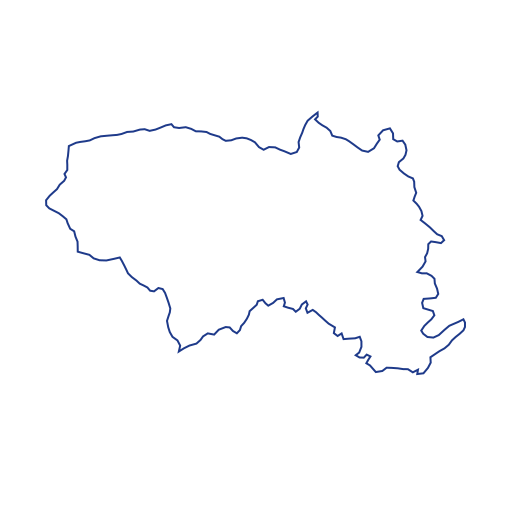 outline of Francisco Badaró, Minas Gerais, Brazil, rotated 72°
{"feature_id": "56859067B77036534058100", "entity_name": "Francisco Badaró", "entity_type": "district", "adm_level": 2, "iso_a3": "BRA", "parent_name": "Brazil", "parent_adm1": "Minas Gerais", "projection": "natural_earth1", "projection_center": [-42.293, -16.987], "detail": "fine", "context": "isolated", "style": "outline", "palette": "blue", "viewbox_px": 512, "rotation_deg": 72, "n_neighbors": 0, "source": "geoboundaries", "source_scale": "gbopen_adm2", "svg_char_len": 3595}
<svg xmlns="http://www.w3.org/2000/svg" viewBox="0 0 512 512"><g transform="rotate(72 256 256)"><path d="M381.2,84.1L381.7,89.6L382.1,93.7L384.5,99.6L387.7,106.6L388.4,112.5L386.0,118.0L381.6,121.0L378.0,121.9L374.5,117.5L372.2,112.9L370.4,108.8L367.5,104.7L363.0,104.8L360.5,108.4L357.3,113.0L351.9,112.5L348.6,109.8L350.2,103.3L351.3,97.9L348.4,94.4L343.0,93.9L337.4,94.4L332.8,93.3L329.1,95.2L325.2,99.0L323.8,103.5L321.1,107.5L317.6,100.9L313.5,96.4L309.3,95.6L306.3,92.4L302.3,90.0L298.0,88.5L296.3,85.0L298.4,80.7L300.9,76.1L299.1,72.2L294.5,73.2L291.3,77.0L287.4,79.2L282.6,81.7L277.1,85.2L272.6,88.3L269.3,85.2L264.4,84.8L259.6,85.7L256.1,87.0L251.9,89.2L248.5,86.7L245.4,84.1L239.4,84.1L234.2,82.6L230.7,82.8L227.4,86.6L223.1,89.9L218.3,92.8L214.4,93.5L210.9,91.1L208.8,85.7L206.0,82.6L202.0,80.2L196.2,79.6L191.6,81.0L190.7,86.3L187.3,89.4L181.7,87.8L176.0,89.2L175.7,96.3L179.1,102.4L183.6,102.4L186.4,106.2L190.0,110.5L191.6,117.2L188.5,122.5L184.2,125.8L179.7,129.0L175.5,132.1L172.7,134.5L169.7,138.6L167.7,142.6L165.1,146.3L160.1,146.7L155.8,149.2L152.1,152.6L148.7,155.2L144.3,157.6L142.5,154.2L138.6,153.1L140.8,159.2L143.3,165.1L146.6,168.7L149.9,171.6L153.1,174.0L156.8,177.3L160.8,180.3L166.2,181.4L169.7,185.1L169.7,191.4L165.1,196.7L162.3,200.3L158.6,204.2L156.4,210.0L157.3,215.9L153.4,219.5L147.5,221.9L144.1,225.0L141.2,228.5L139.2,232.6L138.1,238.5L138.3,243.8L137.1,249.2L134.5,251.8L131.2,254.0L128.5,257.9L125.7,261.9L122.8,264.7L120.5,269.8L118.8,274.7L115.1,278.3L111.8,283.0L110.5,289.6L108.2,294.2L104.5,295.7L103.9,301.4L104.4,307.4L104.7,312.5L104.1,318.5L101.0,322.7L99.9,327.3L99.7,334.3L98.2,340.2L98.4,346.2L97.9,350.7L96.9,354.8L95.6,360.4L94.2,366.7L94.0,373.1L94.7,378.4L94.1,383.0L93.2,387.9L92.7,392.1L93.6,400.0L98.1,401.9L102.9,404.0L107.0,406.2L111.0,407.3L115.9,408.9L118.8,412.8L122.5,412.4L125.2,415.2L127.5,420.6L130.9,424.6L132.7,428.7L134.9,433.5L138.1,438.4L142.9,439.8L146.8,437.9L150.9,433.8L154.4,430.3L158.6,427.4L162.5,425.0L166.5,425.0L172.7,424.3L176.3,421.3L181.8,421.7L187.2,421.3L191.7,422.6L196.8,424.2L199.6,420.0L203.4,414.1L208.1,411.1L211.7,406.1L214.0,399.7L214.8,392.1L215.3,386.0L219.2,385.1L224.6,384.2L228.8,383.6L232.9,383.1L237.7,380.6L242.4,377.3L246.4,375.1L249.3,372.0L252.4,369.0L256.3,367.4L258.1,363.9L256.3,358.7L258.6,355.0L263.0,353.9L268.2,353.7L273.3,353.6L279.4,353.7L283.0,355.4L285.9,357.6L290.2,360.7L296.7,361.5L301.7,361.5L307.1,360.4L312.0,356.8L317.8,355.8L323.0,358.9L321.5,353.0L320.6,346.9L320.9,339.7L318.7,334.7L316.1,331.2L314.7,325.8L317.8,320.1L314.6,314.2L314.2,306.8L315.8,303.1L320.2,301.1L323.6,298.1L321.5,294.2L318.1,291.8L315.9,287.9L312.8,284.0L309.6,280.9L306.5,279.1L304.6,274.8L302.6,270.4L299.6,268.2L299.7,263.2L303.9,261.6L307.0,259.7L305.9,254.2L303.7,249.5L304.5,242.7L309.3,242.9L312.4,245.1L315.0,241.6L317.8,237.2L321.3,235.4L319.7,230.7L316.3,227.4L314.6,222.4L318.1,221.9L321.2,224.8L325.9,224.6L324.8,218.7L328.0,216.3L331.5,214.4L335.0,212.3L338.4,210.4L342.8,207.8L348.3,203.0L353.4,205.8L357.3,203.1L356.1,198.5L362.1,198.4L363.4,192.9L364.9,187.2L364.9,182.3L369.7,182.1L375.0,183.8L379.7,187.7L381.2,191.8L384.5,188.9L386.0,184.9L384.0,181.2L386.9,178.2L389.5,181.4L392.1,184.2L395.3,181.4L398.8,179.9L403.4,177.9L404.4,171.4L402.6,166.3L404.3,161.6L406.6,155.9L409.0,151.1L410.6,146.5L415.1,142.8L414.2,137.1L418.1,139.1L419.3,133.0L415.6,127.1L411.4,122.8L406.2,121.4L404.3,114.8L403.2,110.9L402.1,105.3L400.0,100.1L396.8,95.7L394.7,91.1L392.9,86.3L390.8,81.7L388.1,79.2L383.9,77.8L380.3,78.3L381.2,84.1Z" fill="none" stroke="#1e3a8a" stroke-width="2"/></g></svg>